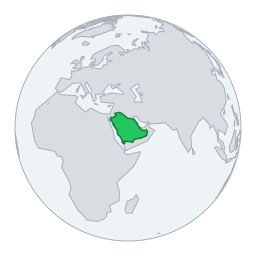 the Earth from above Saudi Arabia
{"feature_id": "SAU", "entity_name": "Saudi Arabia", "entity_type": "country or territory", "adm_level": 0, "iso_a3": "SAU", "parent_name": "Asia", "parent_adm1": "", "projection": "orthographic", "projection_center": [44.88, 24.248], "detail": "fine", "context": "on_globe", "style": "filled", "palette": "green", "viewbox_px": 256, "rotation_deg": 0, "n_neighbors": 0, "source": "natural_earth", "source_scale": "50m", "svg_char_len": 13974}
<svg xmlns="http://www.w3.org/2000/svg" viewBox="0 0 256 256"><circle cx="128" cy="128" r="113" fill="#eef3f6" stroke="#a8b0b8"/><path d="M152.3,18.0L149.6,17.4L148.8,17.3L152.2,18.0L153.3,18.4L148.4,17.3L149.8,18.0L141.2,16.9L129.0,15.5L123.4,15.9L108.8,17.2L109.4,17.3L104.3,18.4L103.0,19.0L100.6,19.4L101.7,19.6L104.0,19.1L105.3,19.1L104.8,19.6L101.7,20.0L101.5,19.9L100.3,20.3L99.0,20.4L99.4,20.6L95.7,21.3L98.5,21.3L94.9,22.4L92.7,22.7L94.0,21.8L92.1,21.3L90.7,21.7L99.2,19.1L108.0,17.2L116.8,15.9L125.7,15.4L134.7,15.6L143.6,16.4L152.3,18.0ZM81.9,25.2L76.7,27.8L74.2,29.0L73.6,29.4L81.9,25.2ZM70.2,31.3L70.9,30.9L74.5,29.0L75.0,29.0L79.3,27.0L80.1,26.8L84.1,25.4L82.3,26.7L78.4,28.8L75.0,30.2L73.2,31.4L75.4,31.1L68.2,35.2L61.8,40.6L60.1,41.7L58.4,41.4L60.9,38.3L58.7,39.2L58.9,39.9L54.5,43.2L53.3,44.4L52.8,45.2L53.9,44.5L52.2,46.1L51.4,45.6L53.0,44.2L53.2,44.3L54.3,43.0L53.8,43.2L61.8,36.9L70.2,31.3ZM15.4,132.5L16.0,137.3L17.5,145.7L18.4,152.0L19.0,156.3L19.2,157.2L17.3,149.1L16.1,140.8L15.4,132.5ZM84.8,24.8L84.5,25.1L83.9,25.2L84.8,24.8ZM86.9,24.0L86.5,23.9L87.4,23.5L87.7,23.6L86.9,24.0ZM156.9,19.2L157.7,19.5L156.0,18.9L156.9,19.2ZM87.1,24.2L89.1,22.9L90.8,22.2L92.9,22.0L87.1,24.2ZM157.5,19.5L159.4,20.5L161.6,21.1L156.5,20.4L156.6,19.5L154.2,18.7L156.4,19.3L157.5,19.5ZM105.0,18.8L102.5,19.3L105.1,18.6L105.0,18.8ZM106.4,18.4L112.7,16.7L116.2,16.4L113.4,16.9L118.3,16.5L117.0,17.1L113.9,17.5L111.9,17.5L112.9,17.8L106.4,18.4ZM153.4,20.0L153.1,20.2L152.4,19.8L153.4,20.0ZM106.0,19.1L106.9,18.7L110.1,18.4L108.7,19.2L108.1,19.0L106.0,19.1ZM120.3,16.1L122.4,16.2L121.9,16.7L122.6,16.8L117.2,17.1L120.3,16.1ZM107.2,19.3L108.0,19.6L106.0,20.2L105.3,19.5L107.2,19.3ZM111.4,18.0L112.9,17.9L111.6,18.2L111.4,18.0ZM99.5,22.8L100.6,22.1L102.3,21.8L99.5,22.8ZM108.4,19.7L109.0,19.5L109.8,19.4L110.0,19.8L108.4,19.7ZM117.2,17.6L116.6,17.8L119.4,17.4L119.1,18.0L115.6,18.2L117.0,18.3L116.9,18.5L114.1,18.5L117.2,17.6ZM112.5,19.8L107.9,20.5L105.5,21.8L103.9,22.0L108.0,20.0L112.5,19.8ZM113.7,19.0L112.6,19.5L111.1,19.4L111.0,19.0L113.7,19.0ZM120.2,18.3L121.5,17.4L122.3,17.5L120.2,18.3ZM112.1,20.2L113.2,20.0L112.0,20.2L112.1,20.2ZM118.0,18.8L118.4,18.5L119.2,18.5L118.0,18.8ZM115.1,20.1L113.6,20.2L113.5,19.9L115.1,20.1ZM116.6,19.5L117.7,19.6L114.3,19.7L116.7,19.3L116.6,19.5ZM118.7,18.9L119.3,18.8L118.4,19.1L118.7,18.9ZM116.4,21.3L112.2,21.5L111.9,20.7L116.0,20.6L116.4,21.3ZM34.6,141.0L31.4,122.5L34.3,117.4L35.8,110.0L57.2,91.7L60.6,94.6L76.2,95.7L77.9,97.1L74.9,102.6L85.7,112.2L90.5,108.0L101.4,113.5L109.4,114.1L114.3,103.4L101.2,102.1L100.1,96.6L111.5,92.9L123.1,94.5L123.0,92.4L116.7,87.3L120.3,83.8L114.6,85.3L116.2,87.5L112.6,88.7L111.0,86.7L112.3,85.5L109.1,84.2L103.5,91.1L104.5,94.1L95.4,94.3L96.3,99.5L93.5,101.5L91.0,93.5L92.0,90.9L86.6,81.9L84.8,84.6L89.7,93.4L87.7,92.5L85.3,96.7L85.6,92.7L80.7,82.9L73.2,83.1L61.9,92.0L57.9,91.7L55.3,88.2L61.2,77.7L69.5,79.6L71.7,76.4L71.5,70.7L74.0,72.0L75.0,70.0L78.3,70.7L84.4,67.1L87.9,67.4L91.8,62.0L94.1,61.6L91.2,64.8L91.0,67.5L100.1,68.8L102.2,67.9L104.0,64.4L106.3,65.4L106.8,61.8L112.7,61.3L106.0,59.2L107.9,55.5L112.2,53.2L111.6,51.7L104.6,55.6L102.8,57.5L103.3,59.7L97.5,65.3L94.1,65.8L95.6,58.9L90.9,59.0L94.1,54.0L111.1,46.0L117.6,45.1L125.1,50.8L122.8,52.9L118.9,51.7L121.2,56.0L121.7,54.1L123.5,55.1L125.8,52.3L127.3,52.9L127.0,49.3L129.0,49.7L129.1,52.0L134.2,48.7L138.8,49.1L139.3,48.1L138.5,46.9L144.8,48.5L144.9,47.7L142.8,46.9L141.6,44.8L141.9,42.0L144.1,42.7L144.3,43.8L148.0,47.4L148.1,50.6L149.0,50.6L149.4,48.1L144.9,43.6L144.5,41.7L147.0,43.5L146.1,42.7L146.5,42.0L149.0,42.1L146.5,40.0L148.7,32.7L153.8,32.4L155.7,34.6L159.6,31.3L165.0,32.0L163.1,31.1L163.6,29.3L161.9,29.1L161.1,28.5L161.7,24.8L163.5,24.7L161.6,22.7L160.7,22.4L159.2,22.3L156.5,20.4L161.6,21.1L163.6,21.8L165.4,22.0L169.7,23.8L174.0,25.7L177.6,28.0L180.8,29.6L181.1,29.5L185.7,31.8L193.8,37.3L185.6,33.0L173.1,26.3L178.1,28.9L176.5,28.5L178.0,29.6L181.5,31.6L182.2,31.7L185.5,36.9L193.0,44.0L193.7,42.3L196.5,43.6L205.7,51.9L213.9,66.9L217.8,70.0L219.7,72.8L220.0,75.6L217.2,71.5L215.2,71.0L213.6,68.5L213.1,72.1L210.8,68.7L211.5,73.5L214.0,75.7L215.3,73.5L216.9,79.5L221.4,82.9L224.6,88.7L226.2,102.1L223.7,108.1L224.2,110.2L221.8,109.1L220.7,114.4L226.9,123.6L227.4,126.9L224.7,135.3L224.3,133.0L218.0,129.9L218.3,138.1L223.2,142.5L224.9,149.3L221.8,148.5L219.9,142.7L217.7,141.4L217.2,134.4L213.2,125.2L210.1,128.6L209.3,124.5L203.4,117.6L198.3,122.3L190.8,136.1L191.5,146.8L188.2,152.3L179.9,138.7L176.8,128.7L173.5,130.4L165.3,122.8L150.0,124.1L148.2,121.5L145.2,123.0L139.5,120.6L136.9,116.3L133.3,116.7L140.4,128.1L144.3,127.7L148.1,122.9L149.3,127.1L154.8,130.4L147.4,141.0L125.3,150.7L123.8,142.6L110.3,119.9L111.1,117.4L111.0,117.1L110.9,116.6L109.0,120.6L106.9,116.1L113.4,132.0L114.3,138.7L125.0,151.1L123.8,152.4L127.5,154.9L140.0,151.6L139.9,154.2L133.6,166.5L116.9,182.3L119.5,192.5L119.0,200.8L109.4,205.6L111.2,211.6L106.4,213.3L106.7,216.5L103.3,219.4L97.4,221.6L86.4,219.9L85.0,217.1L78.4,210.6L68.9,194.5L70.9,188.1L69.6,182.2L61.7,167.4L63.3,160.3L61.4,156.6L57.3,156.2L55.2,151.7L52.8,150.9L38.5,148.1L34.6,141.0ZM48.6,102.5L47.8,104.7L48.6,102.5ZM134.7,101.9L142.1,102.3L139.9,95.4L142.6,95.1L140.8,93.0L139.7,94.9L135.7,89.3L139.3,87.3L138.9,84.4L136.4,84.2L130.5,88.8L136.3,96.8L134.1,99.6L134.7,101.9ZM54.6,43.2L54.6,43.3L53.7,44.3L53.4,44.4L54.6,43.2ZM54.2,46.4L51.4,48.9L53.2,47.0L52.3,47.4L54.8,44.1L59.3,42.1L56.8,43.5L54.2,46.4ZM59.5,39.7L57.4,41.7L59.5,39.6L59.5,39.7ZM76.9,59.9L77.6,61.4L75.6,63.3L71.1,63.7L73.9,60.8L76.9,59.9ZM78.9,63.2L81.6,56.7L84.5,56.5L82.4,57.6L84.1,58.1L81.2,60.2L81.3,66.7L79.6,68.9L72.2,67.9L75.6,66.9L74.8,65.3L78.9,63.2ZM83.3,43.3L84.5,41.2L89.3,43.3L87.6,45.0L83.0,45.3L82.3,43.4L83.3,43.3ZM90.6,24.3L90.8,23.9L91.6,23.7L92.2,23.8L90.6,24.3ZM99.9,22.5L90.9,25.9L90.6,25.6L85.6,28.3L82.9,28.6L86.2,26.7L80.5,29.2L82.4,27.7L78.5,29.6L86.2,25.4L87.6,24.3L87.0,25.3L89.4,25.0L90.9,24.6L96.3,22.6L100.6,20.6L103.7,20.2L104.8,20.5L104.2,21.0L102.4,21.0L102.9,21.6L99.8,22.0L99.9,22.5ZM115.0,28.5L113.1,27.7L113.7,30.3L110.6,30.1L110.9,30.5L108.2,31.1L105.3,32.6L104.1,32.3L103.5,33.1L101.7,33.6L100.5,34.6L97.9,34.5L96.2,35.7L95.9,35.0L93.8,37.2L94.2,35.6L91.9,36.4L92.7,37.5L81.4,36.4L76.3,37.6L71.9,39.7L73.2,37.1L78.3,33.7L84.9,30.6L89.5,29.9L89.3,29.1L91.5,28.6L90.8,29.5L93.2,27.8L94.8,27.7L100.6,25.9L103.1,23.9L105.3,23.3L105.1,24.1L107.4,23.0L108.6,24.1L110.2,23.7L112.9,24.6L111.7,26.5L113.6,26.0L115.7,26.8L115.0,28.5ZM117.1,21.6L116.3,23.5L114.2,24.4L110.3,22.6L108.6,22.7L106.1,21.9L109.2,20.6L109.6,20.9L110.8,20.9L109.3,21.3L111.4,21.1L112.0,21.6L113.8,21.6L113.0,22.1L117.1,21.6ZM80.6,95.3L82.1,95.9L84.6,96.1L83.1,99.0L80.6,95.3ZM77.1,88.7L78.6,88.6L77.7,92.4L76.1,92.0L77.1,88.7ZM80.2,85.5L78.7,88.3L78.6,86.5L80.2,85.5ZM92.6,64.7L94.2,64.5L94.1,65.4L92.8,66.5L92.6,64.7ZM116.0,37.3L115.3,36.4L116.0,36.1L116.6,33.8L118.9,33.9L119.5,35.3L116.0,37.3ZM111.6,105.1L108.9,107.0L107.9,105.9L109.0,105.4L111.6,105.1ZM95.0,103.1L98.4,105.0L94.5,103.9L95.0,103.1ZM118.7,37.1L118.6,36.0L119.8,36.7L118.7,37.1ZM120.6,33.9L122.2,34.5L119.2,33.7L120.6,33.9ZM158.3,233.0L159.2,233.4L157.4,233.7L158.3,233.0ZM138.6,199.4L131.9,213.2L126.5,213.3L125.0,209.4L127.2,201.1L133.4,198.6L136.3,194.5L138.6,199.4ZM234.8,157.6L235.6,156.9L235.5,157.4L234.8,157.6ZM234.1,157.1L235.2,156.0L233.7,158.3L234.1,157.1ZM235.5,155.5L236.6,153.3L237.1,152.0L236.9,153.1L235.5,155.5ZM233.3,158.0L227.8,162.4L225.3,162.9L226.2,160.7L230.2,158.3L233.3,158.0ZM225.9,160.8L221.8,158.5L214.4,147.5L217.1,146.6L224.5,151.7L224.1,153.4L226.6,155.7L225.9,160.8ZM234.9,145.2L234.4,150.0L231.6,152.1L230.2,152.5L229.3,147.5L229.8,144.1L231.1,143.3L234.5,129.6L236.0,130.8L235.2,136.1L236.3,139.0L234.9,145.2ZM192.1,147.7L195.0,153.2L193.0,154.8L192.1,147.7ZM234.9,121.1L234.2,127.0L234.5,119.8L234.9,121.1ZM234.4,114.8L235.0,116.9L234.0,115.4L234.4,114.8ZM225.1,113.3L223.8,114.8L223.3,113.2L224.6,110.5L225.1,113.3ZM227.1,93.8L228.9,98.3L229.3,100.1L227.8,97.8L227.1,93.8ZM138.6,38.4L135.2,41.3L134.2,43.9L136.1,46.0L132.0,44.5L133.4,40.5L138.6,38.4ZM147.2,33.2L145.5,31.7L147.2,31.7L147.8,32.1L147.2,33.2ZM145.5,32.7L141.7,32.1L141.3,30.9L144.4,31.6L145.5,32.7ZM130.1,34.1L128.9,34.9L128.0,34.2L130.1,34.1ZM216.0,198.3L215.6,198.7L218.1,195.5L222.1,188.5L222.5,188.1L225.1,182.7L230.9,173.1L235.8,160.4L236.2,159.3L233.4,167.7L230.0,175.9L225.9,183.7L221.2,191.2L216.0,198.3ZM236.7,155.3L238.1,150.2L238.5,149.0L236.7,155.3ZM240.3,136.9L240.4,135.4L240.5,132.9L240.3,133.2L240.6,130.1L240.6,130.8L240.3,136.9ZM239.4,139.9L239.3,141.2L239.1,140.8L239.4,139.9ZM239.7,138.5L240.1,138.2L239.6,139.7L239.7,138.5ZM237.0,139.3L237.3,141.7L238.4,138.4L237.5,142.1L237.9,145.7L237.5,147.9L237.2,143.8L236.6,149.4L236.1,149.9L236.1,145.8L236.8,139.7L237.3,136.8L239.0,133.2L237.0,139.3ZM239.8,135.1L239.7,132.2L239.7,129.7L240.0,131.0L239.8,135.1ZM238.6,125.6L237.4,123.0L236.9,125.4L237.5,118.1L238.6,121.8L238.6,125.6ZM236.8,118.3L236.4,120.5L236.5,116.5L236.8,118.3ZM236.0,119.5L235.4,117.0L236.0,116.6L236.0,119.5ZM237.2,117.9L236.4,113.3L237.2,115.5L237.2,117.9ZM233.8,111.5L236.0,114.2L234.0,114.5L231.6,106.1L232.2,105.0L233.8,111.5ZM222.7,73.8L221.3,71.8L221.2,70.5L222.2,72.2L222.7,73.8ZM219.7,65.3L220.7,69.6L221.3,73.3L222.2,73.8L224.3,78.0L221.7,75.3L219.7,69.9L219.7,67.8L217.5,64.6L216.2,61.6L213.2,58.1L212.0,56.2L214.7,58.7L219.7,65.3ZM211.9,56.8L206.3,50.7L207.2,50.2L208.6,51.4L210.8,54.3L210.2,54.4L211.9,56.8ZM205.2,49.1L204.5,49.3L194.8,42.4L193.0,40.9L200.9,45.4L200.7,45.8L202.9,47.7L205.2,49.1ZM154.3,20.5L153.2,20.2L154.1,20.2L154.3,20.5ZM160.1,28.4L159.1,27.7L160.2,27.6L160.1,28.4ZM156.8,25.8L156.3,26.4L155.9,25.5L156.8,25.8ZM155.3,27.9L155.6,26.5L156.6,28.2L155.3,27.9Z" fill="#d9dde1" stroke="#a8b0b8" stroke-width="1"/><path d="M141.2,138.0L140.7,138.1L140.3,138.1L139.8,138.2L139.3,138.3L138.8,138.4L138.2,138.5L137.6,138.6L137.0,138.7L136.5,138.8L136.0,138.9L135.7,139.0L135.4,139.2L134.9,139.5L134.4,139.7L134.1,139.9L133.9,140.2L133.7,140.4L133.5,140.7L133.3,141.0L133.1,141.3L133.0,141.5L132.8,141.9L132.7,142.1L132.3,142.3L131.9,142.3L131.8,142.0L131.6,141.8L131.5,141.7L131.4,141.7L131.1,141.7L130.7,141.7L130.2,141.7L129.7,141.7L129.2,141.6L128.7,141.4L128.1,141.4L127.7,141.4L127.4,141.4L127.0,141.4L126.6,141.4L126.5,141.5L126.4,141.5L126.2,141.6L125.8,141.5L125.7,141.4L125.5,141.2L125.4,141.2L125.1,141.2L125.0,141.3L124.8,141.5L124.8,141.8L124.7,142.0L124.7,142.3L124.7,142.5L124.8,142.6L124.8,142.8L124.7,142.8L124.6,143.0L124.4,143.1L124.1,143.4L124.0,143.0L123.9,142.9L123.9,142.7L123.6,142.4L123.5,142.1L123.3,141.9L123.2,141.7L123.2,141.3L122.7,140.9L122.1,140.4L122.0,140.2L121.7,139.7L121.6,139.3L121.2,138.8L121.2,138.7L121.1,138.2L120.7,137.2L120.4,136.9L120.4,136.7L120.1,136.6L119.9,136.2L119.2,135.7L118.8,135.6L118.5,135.4L118.3,135.1L118.1,134.7L117.7,134.2L117.4,133.6L117.5,133.3L117.5,133.1L117.4,132.9L117.3,132.6L117.3,132.4L117.3,132.1L117.4,131.8L117.4,131.6L117.5,131.4L117.5,131.0L117.4,130.8L117.4,130.7L117.2,130.5L117.3,130.5L117.1,130.2L117.0,129.8L116.9,129.6L116.6,129.1L116.5,128.8L116.2,128.4L115.9,128.1L115.6,127.9L115.4,127.8L115.2,127.6L114.9,127.6L114.7,127.2L114.6,126.9L114.3,126.5L114.4,126.4L114.5,126.2L114.4,126.0L114.4,125.9L114.3,125.6L113.9,124.9L113.7,124.6L113.6,124.3L113.6,124.1L113.3,123.9L112.9,122.9L112.6,122.6L112.5,122.3L112.3,121.9L112.1,121.6L111.8,121.2L111.6,120.6L111.2,120.0L111.1,119.9L110.7,119.8L110.5,119.7L110.3,119.9L110.3,119.7L110.6,119.0L110.7,118.6L111.1,117.4L111.4,117.5L111.7,117.5L112.1,117.6L112.6,117.7L112.8,117.8L113.3,117.5L113.7,117.3L113.9,116.9L114.1,116.6L114.5,116.5L115.0,116.5L115.4,116.4L115.5,116.4L115.6,116.1L115.7,115.8L115.8,115.7L116.1,115.5L116.3,115.4L116.1,115.1L115.8,114.8L115.6,114.4L115.3,114.1L115.0,113.7L114.8,113.4L115.2,113.3L115.7,113.2L116.1,113.1L116.7,113.0L117.2,112.9L117.8,112.7L118.2,112.6L118.5,112.4L118.8,112.4L119.4,112.6L119.9,112.7L120.5,112.8L121.2,113.2L121.5,113.5L122.0,113.7L122.5,114.0L122.8,114.3L123.3,114.6L123.6,114.9L124.1,115.3L124.6,115.7L125.0,116.1L125.6,116.5L126.1,117.0L126.7,117.5L127.1,117.8L127.7,118.3L128.3,118.3L129.1,118.4L129.8,118.5L130.5,118.5L130.8,118.5L131.2,118.5L131.6,118.6L131.9,118.6L132.4,118.6L132.5,118.9L132.6,119.2L132.7,119.4L132.8,119.5L133.2,119.5L133.5,119.5L133.8,119.5L134.1,119.5L134.3,119.7L134.3,119.9L134.5,120.3L134.8,120.6L134.9,120.9L134.8,121.0L135.0,121.3L135.3,121.4L135.6,121.5L135.7,121.9L135.9,122.1L136.1,122.2L136.5,122.5L136.9,122.8L137.2,123.1L137.0,123.4L137.2,123.5L137.3,123.6L137.4,123.8L137.3,124.2L137.2,124.2L137.2,124.5L137.3,124.7L137.4,124.9L137.5,125.1L137.9,125.5L138.0,125.7L138.1,126.1L138.3,126.4L138.4,126.6L138.6,126.7L138.7,126.9L138.8,127.1L139.0,127.1L139.4,127.0L139.5,127.1L139.6,127.3L139.5,127.6L139.8,127.6L140.0,127.6L140.0,127.9L140.0,128.0L140.2,128.3L140.3,128.4L140.4,128.5L140.5,128.6L140.7,128.9L140.8,129.0L141.0,129.2L141.1,129.4L141.2,129.5L141.3,129.6L141.5,129.7L141.6,129.9L141.7,130.0L141.8,130.1L142.0,130.2L142.4,130.2L142.7,130.3L143.0,130.3L143.4,130.3L143.8,130.3L144.2,130.4L144.6,130.4L145.0,130.4L145.3,130.4L145.6,130.5L145.9,130.5L146.1,130.5L146.3,130.5L146.5,130.5L146.6,130.3L146.7,130.6L146.9,130.7L147.0,131.0L147.4,131.5L147.5,131.7L147.5,131.9L147.4,132.1L147.4,132.3L147.3,132.5L147.2,132.8L147.2,133.0L147.1,133.4L147.0,133.6L147.0,133.9L146.9,134.1L146.9,134.3L146.8,134.5L146.7,135.0L146.6,135.4L146.6,135.7L146.4,135.8L146.1,135.9L145.8,136.0L145.4,136.2L145.1,136.3L144.8,136.4L144.5,136.6L144.2,136.7L143.9,136.8L143.6,137.0L143.3,137.1L143.0,137.2L142.7,137.4L142.4,137.5L142.0,137.6L141.7,137.7L141.4,137.9L141.2,138.0ZM122.6,142.7L122.9,142.7L122.9,142.9L122.9,143.0L122.8,142.9L122.7,142.8L122.4,142.8L122.2,142.6L122.2,142.4L122.3,142.4L122.3,142.1L122.5,142.3L122.5,142.5L122.6,142.7ZM113.9,125.4L113.7,125.2L113.2,124.9L113.3,124.7L113.3,124.8L113.6,125.0L113.9,125.3L114.0,125.3L113.9,125.4ZM113.4,124.7L113.4,124.4L113.4,124.5L113.4,124.7Z" fill="#22c55e" stroke="#15803d" stroke-width="1.5"/></svg>